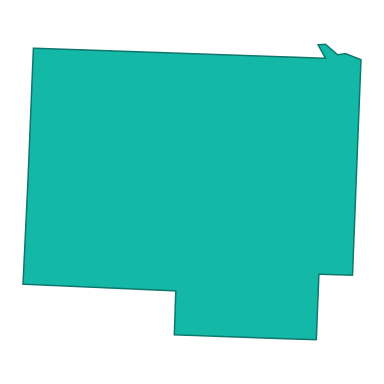 outline of St. Clair, Missouri, United States of America
{"feature_id": "52423323B7145650265545", "entity_name": "St. Clair", "entity_type": "district", "adm_level": 2, "iso_a3": "USA", "parent_name": "United States of America", "parent_adm1": "Missouri", "projection": "orthographic", "projection_center": [-93.674, 38.024], "detail": "fine", "context": "isolated", "style": "filled", "palette": "teal", "viewbox_px": 384, "rotation_deg": 0, "n_neighbors": 0, "source": "geoboundaries", "source_scale": "gbopen_adm2", "svg_char_len": 326}
<svg xmlns="http://www.w3.org/2000/svg" viewBox="0 0 384 384"><path d="M283.4,338.7L316.3,339.7L318.9,274.2L352.5,275.2L357.2,154.8L361.0,59.7L345.4,53.6L337.6,54.8L325.5,44.3L318.1,44.8L325.5,58.3L33.4,48.2L27.9,181.9L23.0,284.2L175.8,290.9L174.3,334.8L283.4,338.7Z" fill="#14b8a6" stroke="#0f766e" stroke-width="1.5"/></svg>